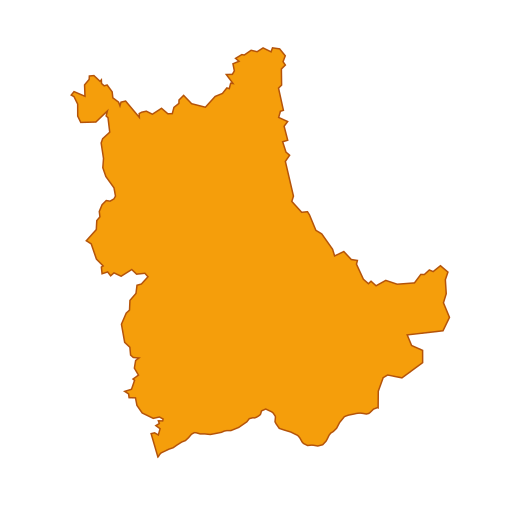 Kavadartsi, Kavadartsi, North Macedonia, rotated 5°
{"feature_id": "65306769B96152204239158", "entity_name": "Kavadartsi", "entity_type": "district", "adm_level": 2, "iso_a3": "MKD", "parent_name": "North Macedonia", "parent_adm1": "Kavadartsi", "projection": "mercator", "projection_center": [22.001, 41.309], "detail": "fine", "context": "isolated", "style": "filled", "palette": "amber", "viewbox_px": 512, "rotation_deg": 5, "n_neighbors": 0, "source": "geoboundaries", "source_scale": "gbopen_adm2", "svg_char_len": 3220}
<svg xmlns="http://www.w3.org/2000/svg" viewBox="0 0 512 512"><g transform="rotate(5 256 256)"><path d="M305.7,210.4L303.4,207.4L297.7,208.5L286.9,198.5L288.1,193.1L277.0,159.2L280.7,152.7L276.8,149.9L272.6,139.9L277.5,137.9L272.7,124.3L275.8,119.3L266.5,116.0L267.7,109.7L270.6,108.5L263.8,86.8L266.6,83.5L265.0,67.5L268.6,63.2L266.0,60.1L267.7,54.0L261.5,47.6L254.3,47.2L253.2,51.3L244.9,48.1L239.3,52.4L233.2,51.5L226.8,56.8L224.3,56.6L218.4,60.9L222.1,63.5L216.3,66.5L218.3,73.5L216.6,77.1L210.6,77.8L218.1,86.2L215.7,86.1L214.8,91.6L212.3,91.1L208.4,97.0L201.4,100.6L192.6,112.2L178.6,109.9L169.9,102.3L165.7,107.3L165.9,110.7L161.3,115.1L160.2,121.5L155.8,122.0L149.0,117.1L140.4,123.8L134.1,121.3L129.6,122.7L127.2,124.3L127.7,128.1L112.6,113.0L108.1,114.5L107.4,118.3L105.7,114.7L99.6,110.9L98.4,105.0L92.8,98.6L89.9,99.7L87.1,97.6L86.6,94.0L85.4,95.6L78.8,90.4L74.3,91.2L74.4,94.6L70.3,100.5L71.7,111.8L60.4,108.1L57.9,111.8L60.8,113.1L65.1,120.2L66.2,132.2L69.8,138.2L84.8,136.5L95.3,124.5L94.5,129.6L96.5,131.1L99.5,145.4L93.0,152.5L91.9,156.9L95.6,172.2L95.7,181.4L99.5,189.9L108.6,200.5L110.8,208.6L109.5,211.5L105.8,214.1L102.0,213.8L98.2,218.3L96.0,225.3L97.1,230.6L94.3,234.6L94.6,243.6L85.6,255.6L90.8,258.3L97.3,273.0L104.6,279.2L102.9,280.5L104.2,287.1L109.6,284.8L112.9,288.4L116.0,285.2L123.4,287.9L133.4,280.3L138.6,284.5L146.8,282.9L150.2,286.1L144.3,293.9L140.0,295.5L139.7,303.7L134.3,311.2L134.7,320.9L131.7,324.2L127.9,335.7L132.7,353.5L138.3,357.9L139.7,365.6L142.6,367.8L148.3,367.8L145.2,370.6L144.6,378.3L149.3,384.9L144.2,389.3L145.9,390.4L143.6,399.6L137.0,402.3L141.1,404.5L141.9,408.2L148.3,407.8L150.4,415.2L156.3,422.3L167.8,426.7L173.8,424.8L177.7,426.5L177.4,428.4L173.1,428.7L174.3,431.3L171.0,433.7L175.5,436.4L174.3,442.8L170.4,441.0L167.0,442.1L175.8,464.8L176.1,464.5L177.1,462.5L177.6,461.7L178.4,460.7L179.0,460.2L186.1,456.0L190.2,454.2L193.5,451.4L198.2,447.8L201.8,446.0L204.6,442.9L207.2,439.2L209.8,437.4L211.8,437.3L215.8,438.1L220.5,437.7L226.0,437.8L231.7,436.2L236.8,434.7L237.8,434.2L239.8,433.1L242.1,432.5L246.2,432.1L253.7,428.3L261.3,422.0L263.5,418.6L267.0,417.4L268.8,417.4L270.6,416.5L272.3,415.3L273.7,414.1L274.3,413.2L274.6,411.8L275.0,409.8L279.0,407.6L284.8,409.7L286.3,410.5L287.1,411.3L289.1,413.8L289.4,414.8L289.4,417.1L289.4,419.5L290.7,421.5L294.2,425.7L299.2,426.9L305.9,428.3L312.9,431.0L313.9,431.7L315.6,433.5L318.1,437.2L319.6,438.6L323.9,440.3L327.5,439.6L329.4,439.5L334.1,439.9L338.9,438.2L341.9,434.4L343.0,431.9L344.4,428.2L345.9,425.9L348.3,424.1L351.3,420.6L353.8,414.6L357.2,409.6L358.0,408.4L359.7,407.5L361.9,406.5L367.6,404.8L369.4,404.2L371.5,403.7L373.8,403.4L376.4,403.5L379.7,403.8L382.1,403.0L383.3,401.9L386.4,398.3L390.3,396.4L390.9,396.6L389.6,380.0L393.3,366.1L397.5,363.1L412.0,364.7L431.3,347.7L430.2,335.5L418.8,331.6L413.5,321.4L448.8,314.2L454.1,300.3L446.8,286.3L448.8,277.0L446.7,263.1L448.6,255.3L440.6,249.6L433.8,256.1L429.9,254.8L425.3,259.8L421.8,260.0L416.2,269.0L399.1,271.8L387.4,269.0L378.2,275.2L372.8,271.1L370.4,273.8L365.0,269.8L356.8,255.4L357.4,251.6L351.2,251.2L343.1,243.9L334.3,249.1L331.7,242.6L319.6,228.3L313.4,225.2L305.7,210.4Z" fill="#f59e0b" stroke="#b45309" stroke-width="1.5"/></g></svg>